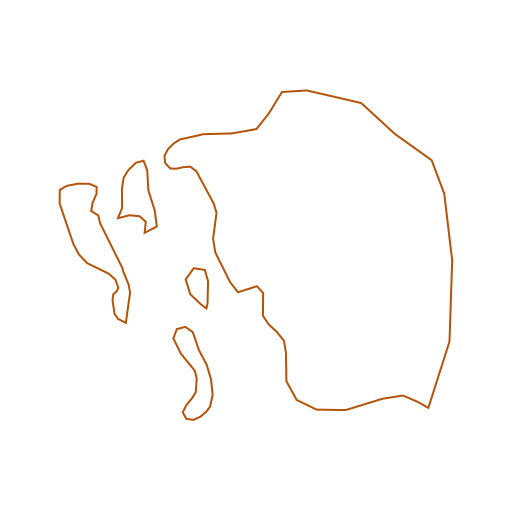 SVG path tracing the border of Central Andros, rotated 98°
{"feature_id": "BHS-5020", "entity_name": "Central Andros", "entity_type": "District", "adm_level": 1, "iso_a3": "BHS", "parent_name": "The Bahamas", "parent_adm1": "", "projection": "orthographic", "projection_center": [-77.885, 24.401], "detail": "fine", "context": "isolated", "style": "outline", "palette": "amber", "viewbox_px": 512, "rotation_deg": 98, "n_neighbors": 0, "source": "natural_earth", "source_scale": "10m", "svg_char_len": 1574}
<svg xmlns="http://www.w3.org/2000/svg" viewBox="0 0 512 512"><g transform="rotate(98 256 256)"><path d="M382.4,64.2L378.0,75.4L373.7,91.0L379.8,111.0L396.1,145.8L399.7,174.6L392.9,195.7L375.7,208.5L347.6,212.9L336.1,216.5L328.3,224.8L321.8,234.1L314.2,240.8L291.6,243.8L285.8,250.9L294.4,268.8L285.5,278.0L258.2,296.8L244.8,300.9L218.8,301.1L209.9,305.2L180.5,326.8L176.7,333.4L178.2,340.5L180.7,347.2L181.2,353.2L176.7,358.8L169.5,360.6L162.4,358.0L156.0,353.1L151.2,347.6L142.7,325.0L138.0,297.0L130.2,273.2L112.9,263.1L90.0,253.1L85.0,228.9L89.9,173.1L115.8,135.5L136.7,95.4L168.0,78.3L233.1,61.1L313.8,52.5L382.4,64.2ZM279.1,431.6L269.4,438.6L231.3,457.8L217.9,459.5L213.0,453.4L209.2,442.5L207.7,431.1L209.8,423.4L216.6,422.6L226.0,425.2L234.3,425.5L237.8,417.8L245.2,415.0L286.3,386.8L289.8,385.3L302.0,378.2L309.7,375.6L340.3,375.6L337.5,383.9L333.0,388.0L319.9,391.9L313.8,392.0L310.5,389.2L306.8,387.8L299.0,391.9L293.9,399.6L286.7,422.0L279.1,431.6ZM363.4,316.6L349.1,326.4L339.4,324.2L336.0,316.1L340.2,308.0L356.7,299.7L370.6,289.7L384.6,283.3L399.5,279.6L411.5,280.5L416.7,283.3L422.7,288.5L427.0,295.1L426.9,302.3L421.1,306.8L413.4,304.3L405.5,299.4L399.1,296.7L385.9,297.6L378.0,300.7L363.4,316.6ZM248.5,369.5L237.5,369.9L232.8,376.8L233.3,387.1L237.8,398.0L227.1,395.3L208.2,398.1L197.0,398.0L188.9,394.5L180.3,387.8L177.3,380.6L186.4,375.6L205.8,371.8L225.1,362.6L240.6,358.3L248.5,369.5ZM287.6,300.0L309.6,297.4L314.8,297.8L311.6,303.8L303.0,315.8L289.0,322.4L276.8,316.0L276.9,304.7L287.6,300.0Z" fill="none" stroke="#b45309" stroke-width="2"/></g></svg>